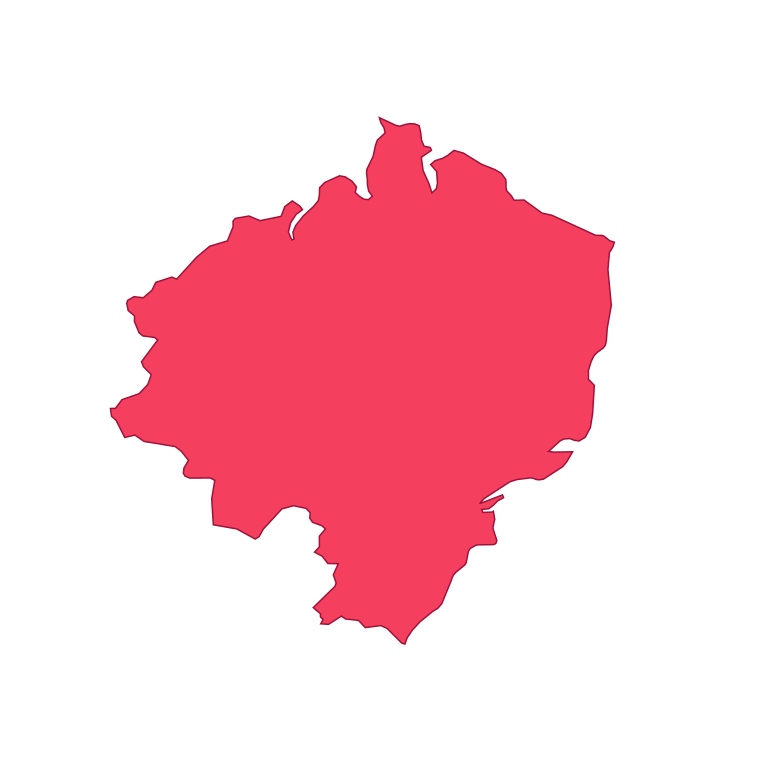 SVG path tracing the border of Cumbria, rotated 159°
{"feature_id": "GBR-2139", "entity_name": "Cumbria", "entity_type": "Administrative County", "adm_level": 1, "iso_a3": "GBR", "parent_name": "United Kingdom", "parent_adm1": "", "projection": "equal_earth", "projection_center": [-2.905, 54.627], "detail": "fine", "context": "isolated", "style": "filled", "palette": "rose", "viewbox_px": 768, "rotation_deg": 159, "n_neighbors": 0, "source": "natural_earth", "source_scale": "10m", "svg_char_len": 3003}
<svg xmlns="http://www.w3.org/2000/svg" viewBox="0 0 768 768"><g transform="rotate(159 384 384)"><path d="M398.9,168.7L408.8,158.2L413.9,155.4L420.1,154.2L435.8,149.0L445.7,144.1L453.3,138.8L457.7,133.7L460.4,135.9L468.7,154.7L473.5,159.6L488.8,163.3L492.5,172.4L504.1,178.4L506.9,182.6L521.9,179.5L529.0,182.8L525.2,186.1L526.8,189.1L525.7,192.3L530.2,200.6L502.4,212.6L500.0,215.3L499.7,224.0L491.1,232.6L500.7,236.5L503.5,245.5L509.1,251.9L502.7,255.1L498.9,265.1L490.6,269.7L492.8,274.0L500.3,280.5L501.4,285.5L499.0,290.2L501.4,295.9L512.1,302.8L524.1,304.0L548.8,291.7L555.4,286.2L559.8,285.4L573.4,301.5L593.8,313.7L586.0,338.5L576.5,354.7L579.8,358.5L599.1,365.8L602.8,369.4L603.3,372.7L600.9,377.2L593.9,382.7L597.3,393.7L601.3,400.4L628.5,416.3L634.9,425.6L645.2,427.0L647.1,446.0L649.9,451.5L648.2,459.2L643.4,457.5L634.2,463.3L616.1,462.7L604.7,468.2L597.9,476.1L602.4,486.4L602.4,491.7L579.5,506.2L581.7,509.8L591.9,515.3L594.3,519.5L594.6,532.0L592.5,537.0L596.5,544.2L595.3,551.6L593.2,554.0L586.1,555.1L577.8,550.8L567.0,554.7L560.6,560.7L543.7,559.8L540.0,556.2L513.5,569.5L497.3,575.1L478.9,573.7L468.5,584.9L466.6,590.1L463.5,591.9L449.8,589.2L441.2,580.9L419.9,577.4L413.0,585.2L404.6,587.6L404.0,587.8L398.8,580.2L397.6,576.0L405.3,573.8L413.4,568.0L418.8,560.1L418.5,551.5L416.1,551.5L414.7,558.3L409.6,563.6L398.9,569.9L386.1,575.0L379.5,578.8L376.6,583.6L373.8,590.3L367.1,593.4L350.9,594.3L346.1,591.4L341.2,584.9L339.0,577.8L342.3,573.2L339.7,568.0L336.5,563.7L332.4,561.7L327.6,563.5L329.2,569.6L328.1,575.9L326.0,581.7L324.9,586.6L323.3,590.3L312.6,600.4L306.5,609.8L302.8,614.1L293.0,618.0L292.2,623.1L293.3,629.2L292.9,634.3L280.3,621.3L277.0,619.0L271.2,618.7L266.3,617.7L262.1,615.8L258.6,612.6L259.6,605.7L261.6,598.1L261.4,591.6L256.0,588.2L256.0,585.1L267.9,582.3L271.0,569.3L270.2,554.2L270.8,545.2L265.1,547.6L262.2,552.2L258.7,563.5L261.8,572.2L256.4,574.2L248.2,573.7L242.5,574.6L235.0,577.0L227.2,571.2L214.3,554.3L203.7,544.5L199.0,538.6L197.0,531.4L198.0,528.0L199.5,524.3L200.2,520.4L197.6,514.0L196.9,509.5L195.9,508.6L187.4,505.6L175.2,486.9L166.8,481.4L133.2,447.0L127.4,444.7L125.6,443.2L121.9,436.8L118.1,433.8L120.8,430.4L124.6,427.2L126.3,426.2L133.9,410.7L143.6,376.0L155.7,355.9L160.8,344.9L163.3,341.0L166.3,339.1L174.2,336.9L178.0,335.0L182.6,330.7L188.3,323.4L191.4,315.0L188.1,307.4L199.9,281.5L206.9,269.4L215.3,262.1L222.3,260.9L226.4,263.2L230.2,266.5L236.0,268.2L239.9,267.8L254.5,262.1L250.0,259.6L232.2,253.1L241.4,245.8L246.8,242.8L269.2,238.0L273.7,239.0L276.4,240.5L278.4,242.4L281.2,244.0L294.5,247.2L301.6,247.6L331.4,241.2L337.7,238.0L313.1,238.0L313.1,235.0L320.0,234.1L325.4,231.6L330.9,230.0L337.7,231.9L337.7,228.7L329.0,225.7L327.5,226.0L329.1,218.0L333.7,211.1L334.1,209.2L334.7,197.6L336.2,195.5L338.1,194.7L340.2,195.1L353.7,200.1L356.2,200.5L362.0,199.7L363.9,198.6L365.4,197.2L371.3,187.7L373.2,186.2L384.6,182.4L387.2,181.0L389.9,178.7L391.1,177.0L398.9,168.7Z" fill="#f43f5e" stroke="#9f1239" stroke-width="1.5"/></g></svg>